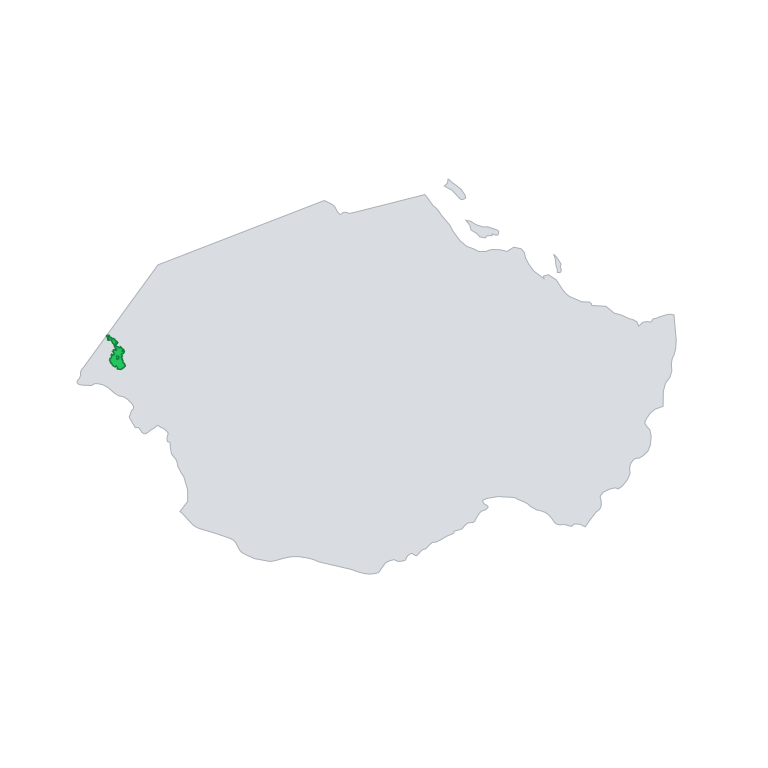 Bukoba, Kagera, United Republic of Tanzania (highlighted), rotated 306°
{"feature_id": "72390352B68293795880239", "entity_name": "Bukoba", "entity_type": "district", "adm_level": 2, "iso_a3": "TZA", "parent_name": "United Republic of Tanzania", "parent_adm1": "Kagera", "projection": "natural_earth1", "projection_center": [31.68, -1.353], "detail": "fine", "context": "in_parent", "style": "filled", "palette": "green", "viewbox_px": 768, "rotation_deg": 306, "n_neighbors": 0, "source": "geoboundaries", "source_scale": "gbopen_adm2", "svg_char_len": 8505}
<svg xmlns="http://www.w3.org/2000/svg" viewBox="0 0 768 768"><g transform="rotate(306 384 384)"><path d="M304.1,528.1L297.5,524.1L291.5,521.6L286.5,518.9L284.3,516.2L279.7,515.2L275.7,514.8L272.0,512.3L264.4,511.4L263.5,509.7L263.4,506.1L262.1,505.1L259.3,504.2L256.3,504.3L254.5,504.8L253.5,504.5L251.0,502.4L248.7,499.6L247.8,495.3L244.3,492.5L240.3,490.3L229.2,490.5L227.4,489.8L224.8,487.6L221.7,484.0L219.2,479.8L217.0,474.1L214.7,466.5L201.9,436.1L200.6,430.3L198.1,423.9L194.0,416.1L189.6,410.3L183.7,405.0L177.1,399.8L173.5,396.2L166.6,381.9L165.2,375.2L164.1,368.3L164.5,365.5L168.8,356.5L169.2,354.0L168.7,350.6L166.6,343.5L163.9,334.8L158.4,319.1L157.7,315.1L157.7,312.1L160.9,296.1L160.9,293.9L173.7,294.2L183.1,287.2L191.2,276.7L192.8,272.3L196.2,265.6L199.4,262.2L200.7,259.9L202.5,253.2L206.8,248.7L211.0,245.2L210.1,242.7L210.7,241.8L213.0,240.0L217.4,238.4L218.3,234.9L218.3,230.9L217.6,228.7L217.7,226.1L217.0,224.7L214.1,224.3L209.8,222.4L206.2,221.5L203.8,220.4L202.9,219.5L202.5,217.1L204.5,211.0L202.5,208.5L206.9,198.3L207.8,197.1L209.4,196.9L212.0,195.9L214.3,195.4L216.3,195.8L217.7,195.3L219.0,194.2L220.1,190.7L220.9,185.0L220.4,180.3L218.6,176.7L218.1,171.2L218.9,163.7L218.3,157.6L216.3,152.7L214.2,149.7L210.9,148.3L205.9,140.8L204.3,137.2L204.6,134.9L206.4,134.0L209.6,134.3L212.6,133.4L215.4,131.4L218.2,130.8L219.6,131.1L347.5,131.1L497.0,227.6L497.6,228.7L498.8,237.0L498.5,239.9L496.2,244.6L495.5,247.2L495.5,248.9L496.1,249.6L498.0,249.8L499.7,251.0L500.3,251.9L501.6,255.5L503.2,257.3L559.9,304.6L561.2,305.3L560.4,309.3L557.1,318.9L556.9,323.0L555.7,327.7L554.4,330.8L551.1,344.3L548.4,349.4L544.6,361.3L544.0,370.4L546.0,376.8L546.8,382.7L551.1,388.6L554.6,390.7L557.0,393.3L561.1,399.5L563.5,405.6L571.0,408.6L574.0,415.5L572.9,420.2L569.4,424.1L566.1,430.5L563.4,438.8L563.3,451.5L565.1,449.6L569.0,452.7L569.5,462.1L565.3,473.0L564.0,478.2L563.8,482.5L566.7,495.6L571.2,502.3L570.9,504.4L569.7,506.1L577.3,517.9L576.6,528.2L579.5,536.2L580.7,543.1L582.6,548.4L582.9,552.1L580.5,556.1L586.1,557.1L589.4,560.5L591.0,563.6L595.0,563.5L597.2,565.7L600.4,567.5L607.3,572.8L609.2,575.5L610.3,578.0L590.9,594.9L584.0,599.2L579.0,601.2L573.6,602.4L568.6,605.0L563.8,609.2L557.7,611.3L550.2,611.3L542.4,614.2L530.0,622.9L522.9,618.1L517.3,616.5L510.8,616.7L506.9,617.3L505.4,618.3L504.2,621.3L503.1,626.2L498.9,630.8L491.4,635.3L484.6,637.0L478.3,635.8L474.1,634.0L471.9,631.4L468.6,630.2L464.3,630.4L460.2,632.2L456.2,635.7L449.9,637.2L441.3,636.8L436.7,635.1L436.0,632.2L432.3,628.8L425.3,624.9L420.2,624.8L416.9,628.5L413.9,630.9L411.2,631.9L408.8,632.0L405.3,630.9L395.8,630.6L386.7,630.7L385.8,625.3L383.9,622.0L382.3,620.0L379.2,619.5L378.3,618.0L377.3,614.6L375.8,611.8L373.7,609.4L372.5,607.2L372.1,605.1L372.4,602.9L374.3,597.4L375.0,593.6L374.8,589.7L373.7,585.7L371.6,580.9L371.8,579.5L371.1,576.3L371.1,574.0L371.5,571.2L371.1,567.5L369.2,559.5L369.2,557.5L367.3,553.7L361.3,544.6L361.0,543.4L351.6,534.2L347.8,532.2L346.5,534.0L345.9,535.5L346.3,538.5L346.1,539.9L345.7,540.6L343.5,540.5L342.1,540.2L338.5,537.7L335.7,537.1L328.8,537.5L326.4,538.1L324.5,537.6L320.8,533.4L316.5,532.5L312.7,532.3L306.3,527.5L304.1,528.1ZM572.1,375.3L575.2,385.4L574.8,387.3L572.6,388.4L571.5,388.5L570.1,386.9L569.1,383.5L567.5,384.3L564.6,380.3L561.8,380.1L559.3,375.2L560.3,371.0L559.8,363.8L562.8,360.2L564.6,354.0L566.5,358.2L567.0,364.8L569.6,372.5L572.1,375.3ZM587.4,315.4L587.6,317.8L587.0,320.0L587.1,327.2L586.8,331.9L584.5,338.5L582.6,340.8L580.9,340.1L579.5,339.1L578.4,337.3L580.7,325.2L579.6,316.4L583.9,317.3L587.4,315.4ZM580.5,460.5L578.3,461.1L577.4,460.5L576.1,458.6L578.5,456.9L580.8,453.6L586.1,448.8L588.6,445.0L588.2,448.7L585.1,456.9L582.6,457.4L580.5,460.5Z" fill="#d9dde1" stroke="#a8b0b8" stroke-width="1"/><path d="M255.0,145.6L254.9,146.7L254.9,146.9L254.9,147.2L254.9,147.4L254.5,147.5L253.9,147.4L253.7,147.4L253.6,147.2L253.6,146.8L253.5,146.5L253.4,146.3L253.4,146.1L253.3,145.9L253.1,145.6L252.8,145.3L252.7,145.1L252.4,145.0L252.1,145.2L251.9,145.5L251.6,145.6L251.4,145.6L251.2,145.7L251.1,145.8L251.0,145.7L251.0,145.8L250.9,145.8L250.9,145.7L250.7,146.1L250.6,146.3L250.6,146.7L250.3,147.0L250.1,147.7L249.7,148.3L249.2,148.1L248.6,148.1L248.2,148.0L248.1,147.7L248.1,147.4L248.1,146.9L248.1,146.7L248.2,146.3L248.1,146.1L247.7,146.2L247.3,146.2L247.2,146.3L247.1,146.5L246.8,146.5L246.6,146.8L246.6,147.3L246.0,147.5L245.5,147.7L244.5,147.9L243.9,147.6L243.6,147.3L243.3,147.4L242.4,148.0L242.1,148.0L242.0,148.3L241.7,148.5L241.6,149.1L241.4,149.7L241.1,149.7L241.1,149.8L240.9,150.0L240.8,150.3L240.7,150.4L240.4,150.5L240.4,151.1L240.5,151.3L240.4,151.5L240.1,152.4L240.0,152.6L239.7,153.7L239.5,154.3L239.8,156.5L240.3,156.6L241.1,156.7L240.9,157.0L241.1,157.6L240.8,158.3L240.6,158.6L240.4,158.9L239.5,159.3L239.4,159.5L239.7,159.9L240.3,161.0L240.9,162.3L241.5,162.8L242.6,163.2L243.0,163.2L243.7,163.7L244.3,163.8L244.9,163.8L245.3,163.9L245.5,163.9L245.6,164.0L245.9,164.0L246.3,164.2L246.5,164.0L246.8,163.9L247.0,163.5L247.4,163.2L247.5,163.0L247.6,162.5L247.5,162.2L247.9,161.8L248.0,161.4L247.9,161.2L248.1,160.6L248.1,160.4L248.2,160.0L248.2,159.9L248.3,159.9L248.8,159.4L249.0,159.1L249.4,158.7L249.7,158.4L249.8,158.5L249.9,158.2L249.8,157.9L249.8,157.5L249.9,157.4L250.0,157.4L250.1,157.5L250.4,157.6L250.5,157.5L250.6,157.4L250.7,157.1L250.8,156.8L250.8,156.7L251.1,156.5L251.1,156.1L251.3,155.9L251.3,155.6L251.6,155.6L252.0,155.9L252.3,155.9L252.6,156.0L252.8,156.0L253.1,155.7L253.1,155.8L253.1,155.7L253.2,155.4L253.3,155.3L253.3,155.1L253.3,154.9L253.5,154.8L253.4,154.8L253.4,154.7L253.4,154.3L253.4,154.2L254.4,154.3L254.9,154.7L255.4,155.1L255.5,155.1L255.8,155.1L256.0,155.2L256.3,155.1L256.5,155.1L256.9,155.0L257.2,155.0L257.5,155.0L257.7,154.7L257.8,154.6L257.8,154.4L257.5,154.3L256.7,154.3L256.7,154.2L256.6,153.1L256.7,152.8L257.0,152.6L257.4,152.7L257.7,153.1L257.8,153.5L258.0,153.7L258.1,153.8L258.4,153.8L258.5,153.8L258.7,153.4L258.6,152.9L258.9,152.1L258.8,151.6L258.7,151.2L258.9,150.9L259.1,150.0L259.2,149.7L259.2,149.4L259.2,148.9L258.8,149.2L258.7,149.1L258.4,149.1L257.9,149.1L257.9,148.8L257.8,148.6L257.7,148.1L257.7,147.4L257.8,147.3L257.8,147.2L257.7,146.9L257.4,146.4L257.4,145.8L257.3,145.6L257.3,145.2L257.2,144.9L257.3,144.6L257.2,144.0L257.4,143.9L257.6,143.8L257.6,143.2L257.8,143.4L258.0,143.5L258.5,144.1L259.0,143.8L259.0,144.0L259.2,143.9L259.2,143.6L259.5,143.3L259.5,143.6L259.6,143.8L259.6,144.0L259.8,144.1L259.9,144.4L260.0,144.4L260.7,144.2L260.8,144.3L261.0,144.3L261.0,144.1L261.3,143.5L261.3,143.4L261.4,143.2L261.2,142.7L261.2,142.3L261.3,142.2L261.3,141.9L261.4,141.7L261.4,141.4L261.2,141.3L261.1,141.0L261.4,140.6L261.3,140.4L261.3,140.1L261.7,139.6L261.8,139.6L261.7,139.4L261.8,139.2L261.8,138.9L261.7,138.9L261.5,138.6L261.6,138.2L261.6,137.8L261.4,137.7L261.3,137.8L261.1,137.8L261.0,137.7L260.9,137.3L260.9,136.8L261.1,136.3L261.2,136.2L261.3,135.9L261.2,135.7L261.0,135.2L260.8,135.0L260.8,134.7L260.7,134.8L260.6,134.7L260.6,134.3L260.9,133.9L261.1,133.9L261.1,134.1L261.3,134.0L261.4,133.9L261.5,133.7L261.6,133.2L261.7,132.9L261.4,132.8L261.4,132.6L261.3,132.1L261.1,132.1L260.9,132.3L261.0,132.6L260.7,132.8L260.3,132.7L260.2,132.4L260.1,132.2L260.4,131.6L260.4,131.3L260.3,131.2L260.1,131.3L260.0,131.2L259.8,131.2L259.6,131.4L259.8,131.7L259.7,132.2L259.7,132.4L259.5,132.5L259.4,132.4L259.2,132.5L259.2,132.8L259.5,132.9L259.5,133.0L259.2,133.4L259.2,133.9L259.1,134.1L258.9,134.0L258.6,134.0L258.6,133.9L258.4,133.9L258.4,134.3L258.2,134.2L258.2,134.3L258.1,134.2L258.0,134.4L258.0,134.2L257.9,134.2L257.7,134.3L257.8,134.4L257.7,134.4L257.7,134.5L257.8,134.5L257.7,134.6L257.7,134.4L257.6,134.5L257.4,134.5L257.3,134.9L257.4,135.0L257.3,135.3L257.8,135.6L258.1,136.1L258.3,136.2L258.5,136.4L258.9,136.7L259.0,137.0L259.1,137.8L258.9,138.2L258.9,138.3L258.8,138.5L258.7,138.3L258.6,138.5L258.4,138.9L258.2,139.2L258.1,139.8L258.0,140.0L257.9,140.2L257.5,140.7L257.6,141.5L257.2,142.1L257.0,142.5L257.3,142.6L257.1,142.9L257.0,143.2L256.6,143.4L256.3,143.6L255.9,143.9L255.6,144.5L255.1,145.4L255.0,145.6ZM249.6,151.4L249.7,151.5L249.8,151.7L249.8,152.1L250.0,152.4L250.3,152.6L250.2,153.2L250.1,153.4L249.9,153.7L249.9,153.9L249.6,154.0L249.2,154.2L249.0,154.3L248.8,154.3L248.7,154.2L248.5,154.4L248.3,154.3L248.1,154.0L248.0,153.9L247.9,153.8L247.7,154.0L247.2,153.9L247.0,153.4L247.6,153.0L247.8,152.6L248.0,152.6L248.2,152.8L248.6,152.0L248.8,151.7L249.2,151.4L249.3,151.4L249.6,151.4Z" fill="#22c55e" stroke="#15803d" stroke-width="1.5"/></g></svg>